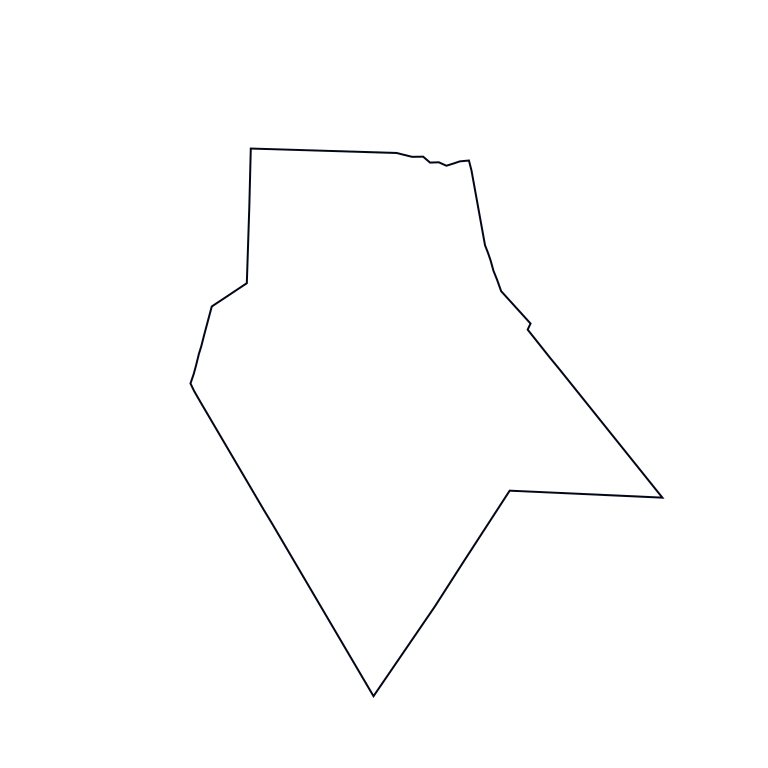 Rio Largo, Alagoas, Brazil (Robinson projection), rotated 140°
{"feature_id": "56859067B27128129114262", "entity_name": "Rio Largo", "entity_type": "district", "adm_level": 2, "iso_a3": "BRA", "parent_name": "Brazil", "parent_adm1": "Alagoas", "projection": "robinson", "projection_center": [-35.887, -9.482], "detail": "fine", "context": "isolated", "style": "outline", "palette": "ink", "viewbox_px": 768, "rotation_deg": 140, "n_neighbors": 0, "source": "geoboundaries", "source_scale": "gbopen_adm2", "svg_char_len": 646}
<svg xmlns="http://www.w3.org/2000/svg" viewBox="0 0 768 768"><g transform="rotate(140 384 384)"><path d="M175.3,500.6L182.8,505.8L188.7,508.1L195.9,511.1L199.5,518.6L206.4,524.0L207.9,533.0L216.5,540.0L225.9,552.9L334.7,650.0L373.2,606.4L424.3,549.4L466.1,554.1L490.2,537.2L499.8,530.3L506.5,526.0L516.1,519.0L523.3,514.0L531.9,508.8L534.0,500.6L536.2,488.2L557.0,364.9L559.4,349.4L592.7,151.6L488.0,180.9L437.7,196.6L356.3,221.5L243.8,118.0L240.1,284.2L240.0,296.7L239.0,333.3L232.9,336.1L234.6,379.8L230.4,391.1L227.4,400.3L222.9,410.2L220.2,417.2L217.4,425.4L179.7,491.4L175.3,500.6Z" fill="none" stroke="#020617" stroke-width="2"/></g></svg>